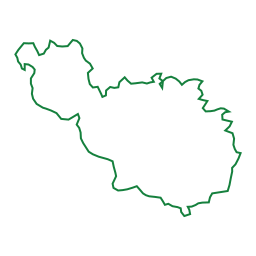 Iperó, São Paulo, Brazil (Albers equal-area conic projection)
{"feature_id": "56859067B7713845214146", "entity_name": "Iperó", "entity_type": "district", "adm_level": 2, "iso_a3": "BRA", "parent_name": "Brazil", "parent_adm1": "São Paulo", "projection": "albers", "projection_center": [-47.636, -23.405], "detail": "fine", "context": "isolated", "style": "outline", "palette": "green", "viewbox_px": 256, "rotation_deg": 0, "n_neighbors": 0, "source": "geoboundaries", "source_scale": "gbopen_adm2", "svg_char_len": 2087}
<svg xmlns="http://www.w3.org/2000/svg" viewBox="0 0 256 256"><path d="M208.8,202.4L210.0,197.3L212.2,193.4L227.7,191.0L229.5,185.0L230.9,177.6L232.2,171.5L232.1,167.9L235.5,164.3L238.5,158.5L240.6,153.1L236.6,152.2L234.8,149.0L233.4,144.8L234.1,138.7L232.5,133.2L228.4,131.7L225.3,130.5L229.6,126.4L231.9,121.7L227.5,120.7L222.5,119.5L222.2,114.7L225.2,112.2L228.9,111.6L223.9,108.6L220.7,108.3L217.3,109.4L214.4,110.6L210.4,111.2L205.7,111.4L202.8,108.1L205.1,104.6L207.4,101.0L203.0,100.1L198.8,98.9L202.6,94.7L201.3,90.8L198.4,88.5L199.5,84.8L202.4,81.3L197.5,79.5L193.9,79.3L188.5,80.2L185.1,82.0L181.9,84.8L179.3,81.5L175.7,78.6L171.1,76.7L166.3,78.0L162.9,81.1L159.4,78.5L161.2,73.7L156.6,73.8L151.6,77.7L153.8,81.8L150.3,82.4L146.9,83.5L142.2,82.4L135.3,83.3L131.1,83.7L127.5,80.6L124.7,77.3L119.4,82.2L118.3,87.3L114.3,87.9L110.2,87.0L106.1,90.5L105.9,95.4L102.4,96.9L101.1,93.8L99.4,90.3L97.7,86.8L92.9,87.5L89.8,84.1L88.5,78.9L87.9,72.9L92.7,68.5L90.0,63.7L85.8,60.6L83.9,57.8L82.1,53.2L82.4,48.4L79.9,43.5L76.8,40.9L72.8,40.0L70.5,42.7L67.7,46.1L62.3,46.5L57.2,46.0L54.1,42.8L50.2,40.7L48.6,47.6L45.9,49.8L43.8,53.6L39.1,55.1L37.3,51.1L34.8,46.7L33.3,43.2L28.7,43.4L23.8,43.2L18.4,49.8L15.4,54.4L17.3,57.8L18.1,61.5L20.7,64.6L21.9,68.5L24.7,69.9L24.7,64.1L28.5,64.5L32.6,67.0L34.7,69.6L34.3,73.1L30.9,78.4L30.9,83.7L32.6,88.1L31.9,93.8L33.1,98.7L36.6,103.9L42.9,107.7L45.9,108.6L51.0,110.5L56.5,113.1L61.2,118.9L68.5,119.6L72.1,117.5L77.9,114.0L79.4,118.1L76.7,124.6L79.2,127.9L80.6,132.5L80.9,138.4L83.2,143.1L85.7,147.0L88.7,151.7L92.9,154.3L98.7,156.7L103.4,158.0L107.7,159.2L112.6,161.3L113.7,166.6L115.4,172.8L116.1,176.2L112.6,183.7L113.5,187.9L118.1,190.5L122.7,190.1L127.3,189.3L132.6,187.7L136.8,186.2L140.3,190.2L143.0,193.4L145.9,195.2L149.2,196.3L154.9,196.9L160.6,197.7L162.9,201.3L164.9,204.8L168.3,203.8L172.5,206.2L177.5,207.1L180.7,208.3L181.2,212.0L184.3,216.0L190.1,214.1L189.3,209.8L187.8,206.8L191.7,206.6L195.6,205.0L198.3,203.3L202.4,202.6L208.8,202.4ZM162.9,81.1L162.2,87.9L159.7,83.9L162.9,81.1Z" fill="none" stroke="#15803d" stroke-width="2"/></svg>